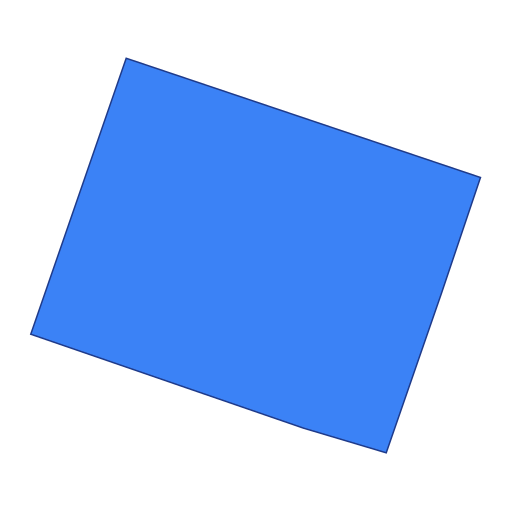 the district of Davison, South Dakota, United States of America, rotated 289°
{"feature_id": "52423323B35289781006587", "entity_name": "Davison", "entity_type": "district", "adm_level": 2, "iso_a3": "USA", "parent_name": "United States of America", "parent_adm1": "South Dakota", "projection": "equal_earth", "projection_center": [-98.192, 43.675], "detail": "fine", "context": "isolated", "style": "filled", "palette": "blue", "viewbox_px": 512, "rotation_deg": 289, "n_neighbors": 0, "source": "geoboundaries", "source_scale": "gbopen_adm2", "svg_char_len": 252}
<svg xmlns="http://www.w3.org/2000/svg" viewBox="0 0 512 512"><g transform="rotate(289 256 256)"><path d="M108.7,68.5L108.7,357.2L112.3,443.2L280.5,443.5L403.3,442.7L400.7,68.9L108.7,68.5Z" fill="#3b82f6" stroke="#1e3a8a" stroke-width="1.5"/></g></svg>